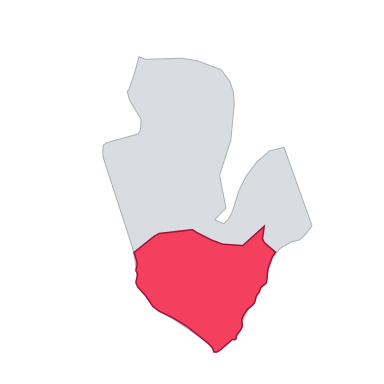 Djibouti, with Dikhil highlighted, rotated 308°
{"feature_id": "DJI-1569", "entity_name": "Dikhil", "entity_type": "Region", "adm_level": 1, "iso_a3": "DJI", "parent_name": "Djibouti", "parent_adm1": "", "projection": "mercator", "projection_center": [42.104, 11.405], "detail": "fine", "context": "in_parent", "style": "filled", "palette": "rose", "viewbox_px": 384, "rotation_deg": 308, "n_neighbors": 0, "source": "natural_earth", "source_scale": "10m", "svg_char_len": 1650}
<svg xmlns="http://www.w3.org/2000/svg" viewBox="0 0 384 384"><g transform="rotate(308 192 192)"><path d="M283.8,237.1L271.8,255.9L256.6,280.0L239.3,307.4L228.4,307.5L220.0,306.0L214.3,301.3L202.4,296.3L189.0,295.9L176.3,300.7L154.6,306.5L135.1,308.4L119.4,311.7L106.4,315.5L94.6,313.5L84.5,310.0L82.2,280.9L79.8,249.3L80.1,224.6L83.7,210.9L86.8,205.6L105.3,186.8L111.7,179.1L132.8,147.9L150.8,121.1L164.3,101.1L168.5,97.1L174.2,93.3L178.2,94.4L204.5,113.7L209.1,113.2L217.9,107.2L225.8,86.5L231.4,79.0L233.8,79.2L250.7,73.4L266.0,66.9L267.9,73.7L291.0,101.4L298.6,115.1L306.3,140.0L302.3,153.9L296.3,163.0L287.4,171.1L256.5,190.8L222.2,203.4L200.3,228.6L184.1,226.9L186.5,236.5L192.6,237.5L202.1,235.7L221.0,228.4L237.7,224.9L255.8,224.6L272.2,227.8L283.8,237.1Z" fill="#d9dde1" stroke="#a8b0b8" stroke-width="1"/><path d="M103.6,317.1L102.4,316.9L101.6,316.2L101.2,315.4L100.8,314.7L84.5,311.4L81.1,310.1L80.1,308.7L79.4,307.8L81.8,303.8L82.7,297.8L83.0,270.8L81.3,255.6L77.8,239.4L77.7,231.7L81.8,219.0L83.6,208.3L85.8,203.9L87.9,202.5L93.3,200.1L94.6,198.3L95.4,196.3L96.6,195.5L98.1,195.0L100.0,194.1L101.9,192.6L103.5,191.0L108.7,183.5L111.0,184.0L133.3,189.3L139.0,191.6L162.5,215.4L163.1,221.3L166.2,237.1L169.7,248.2L181.0,265.0L209.5,270.0L198.4,276.4L196.6,280.3L196.0,294.4L196.0,294.7L196.0,294.8L190.7,295.2L178.3,299.0L169.1,305.0L166.2,306.4L164.1,306.3L161.9,305.6L158.8,305.1L154.3,306.6L153.2,306.7L150.7,306.6L149.5,306.8L144.6,309.0L142.7,309.5L140.1,309.4L133.1,307.8L125.5,308.6L121.8,309.9L117.5,314.2L113.7,315.2L105.9,315.5L105.0,315.9L104.4,316.6L103.6,317.1Z" fill="#f43f5e" stroke="#9f1239" stroke-width="1.5"/></g></svg>